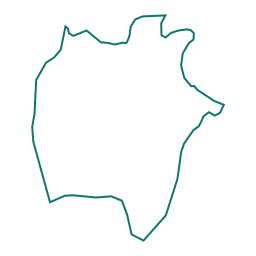 map outline of Ekiti (Equal Earth projection)
{"feature_id": "NGA-2854", "entity_name": "Ekiti", "entity_type": "State", "adm_level": 1, "iso_a3": "NGA", "parent_name": "Nigeria", "parent_adm1": "", "projection": "equal_earth", "projection_center": [5.414, 7.675], "detail": "fine", "context": "isolated", "style": "outline", "palette": "teal", "viewbox_px": 256, "rotation_deg": 0, "n_neighbors": 0, "source": "natural_earth", "source_scale": "10m", "svg_char_len": 818}
<svg xmlns="http://www.w3.org/2000/svg" viewBox="0 0 256 256"><path d="M165.4,15.4L161.2,23.3L161.5,35.4L165.6,37.4L171.3,32.8L178.9,30.4L186.8,29.4L190.7,30.1L193.9,33.2L193.5,39.5L188.8,43.2L182.7,53.5L181.1,65.6L184.3,77.9L191.2,86.2L194.1,86.0L197.6,90.0L214.2,101.0L223.8,104.8L220.0,112.9L214.8,115.6L209.0,112.2L203.5,116.2L201.4,121.4L198.8,126.2L193.2,130.4L184.0,143.7L181.2,152.0L177.4,179.1L165.8,215.4L143.5,240.6L131.6,234.4L127.1,214.6L121.9,200.7L111.2,196.3L96.1,197.5L72.9,195.3L64.9,195.7L50.0,202.2L33.3,141.6L32.2,126.8L34.5,114.2L36.2,80.0L46.0,62.7L54.1,57.5L60.7,49.7L65.5,26.5L67.9,28.5L69.0,33.4L73.4,35.8L86.6,30.5L100.7,42.2L109.0,43.1L114.3,44.5L123.2,42.6L124.9,43.3L126.8,42.5L129.5,35.9L130.7,26.8L135.2,19.4L142.7,16.4L165.4,15.4Z" fill="none" stroke="#0f766e" stroke-width="2"/></svg>